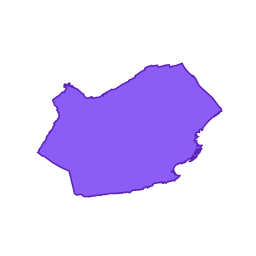 outline of Isabela, Isabela, Philippines, rotated 62°
{"feature_id": "2640588B52568839586340", "entity_name": "Isabela", "entity_type": "district", "adm_level": 2, "iso_a3": "PHL", "parent_name": "Philippines", "parent_adm1": "Isabela", "projection": "equal_earth", "projection_center": [122.367, 16.99], "detail": "fine", "context": "isolated", "style": "filled", "palette": "violet", "viewbox_px": 256, "rotation_deg": 62, "n_neighbors": 0, "source": "geoboundaries", "source_scale": "gbopen_adm2", "svg_char_len": 5791}
<svg xmlns="http://www.w3.org/2000/svg" viewBox="0 0 256 256"><g transform="rotate(62 128 128)"><path d="M162.5,205.3L163.1,204.2L163.5,204.1L163.9,202.1L164.8,200.3L166.2,200.1L166.6,199.5L168.1,198.8L169.8,195.4L170.3,194.9L171.5,190.8L172.3,189.7L172.4,188.2L172.8,187.6L173.2,185.9L174.0,185.0L174.3,183.8L174.8,183.3L174.7,182.4L174.9,181.6L175.5,180.0L176.2,179.1L177.2,175.2L178.0,173.5L178.1,172.9L179.0,171.9L179.6,170.0L180.4,169.3L180.5,168.3L180.9,168.0L180.9,167.2L181.3,166.3L181.7,166.2L181.6,165.2L182.6,164.4L182.7,164.2L182.4,164.0L182.7,163.7L182.6,162.6L183.4,161.5L183.9,160.0L184.0,158.8L184.7,158.2L184.8,157.6L185.8,157.2L185.6,156.7L185.8,156.4L185.5,155.3L185.7,154.7L185.1,154.0L185.3,152.6L185.5,151.9L186.0,151.7L186.3,151.1L186.5,149.7L187.4,148.7L187.2,148.0L188.6,145.6L188.5,144.6L189.1,143.5L188.4,142.0L188.4,141.0L188.8,140.6L188.6,140.3L188.7,139.4L189.2,138.0L190.0,137.3L190.1,134.6L190.5,133.9L190.1,132.8L189.6,132.8L189.3,132.2L189.2,131.5L189.4,129.8L190.0,129.1L190.2,127.7L191.0,125.3L191.4,125.3L191.4,124.0L191.8,123.5L191.8,123.2L192.6,122.9L193.0,123.5L193.3,123.3L193.4,121.9L193.0,121.1L194.4,120.5L194.5,119.5L194.0,118.0L194.6,117.3L194.5,116.9L195.2,115.0L195.1,113.6L195.6,113.0L195.5,112.4L196.1,111.4L196.4,111.4L195.7,110.5L195.5,109.6L195.7,109.2L195.3,109.2L195.2,108.9L195.5,107.9L195.4,107.1L194.9,105.3L194.3,104.5L194.0,105.0L193.9,105.9L192.8,106.5L191.6,107.7L191.3,108.4L190.7,108.5L190.1,108.0L189.7,108.5L188.8,108.7L188.4,108.8L188.5,108.4L187.3,108.7L187.0,109.4L187.2,110.7L186.7,109.4L187.3,108.1L187.0,108.2L186.6,107.9L187.0,108.1L187.1,107.9L189.0,108.1L189.5,107.8L189.9,108.0L190.0,107.5L188.6,108.0L186.0,107.4L184.8,106.4L183.8,104.7L183.0,102.3L183.3,101.7L183.1,101.2L183.3,100.7L183.1,99.9L183.5,99.6L183.5,98.4L183.9,98.2L184.1,97.0L184.4,97.3L184.9,96.9L184.3,94.2L184.8,93.8L185.1,94.1L185.3,93.6L184.7,92.6L184.3,92.7L184.0,92.4L184.2,91.3L184.1,90.8L184.4,90.1L184.0,89.3L184.0,88.1L184.4,87.4L184.3,87.1L184.7,87.1L184.2,86.8L184.3,86.5L184.1,85.7L184.3,85.0L183.9,84.3L183.7,84.6L183.2,84.2L183.6,84.2L183.5,83.7L183.8,83.4L184.5,83.6L184.5,82.7L185.1,83.2L185.2,83.9L185.0,84.6L186.2,87.9L186.4,89.4L186.5,89.3L186.7,88.9L186.8,85.9L186.3,84.4L186.4,83.4L186.2,81.8L185.7,81.3L185.7,81.0L184.3,79.9L184.3,79.3L183.0,75.7L181.6,74.2L181.1,74.1L181.1,75.9L182.1,77.6L182.2,79.7L183.2,80.7L182.9,81.0L182.2,81.0L181.7,82.0L181.9,81.3L181.7,81.1L181.7,80.7L181.4,80.4L181.1,80.6L180.7,80.2L180.9,79.8L181.3,79.9L181.5,79.5L181.3,79.2L181.6,78.6L180.6,79.1L180.0,78.3L179.2,78.1L179.1,77.4L178.8,77.2L178.8,76.9L179.3,76.7L179.3,77.0L179.7,77.1L179.8,76.8L180.0,77.3L180.4,77.4L181.2,76.9L179.9,74.2L179.4,73.6L179.4,73.2L179.0,73.0L178.8,72.4L177.5,72.2L177.1,72.5L176.9,73.5L177.0,74.1L176.7,74.6L176.5,74.4L176.6,75.2L176.3,75.0L176.1,75.2L175.3,74.2L175.1,74.1L174.8,74.5L173.1,73.9L172.6,74.3L171.9,75.4L171.2,75.1L171.2,74.2L170.9,74.7L170.3,74.7L169.9,75.3L168.9,74.2L169.4,73.0L168.8,72.6L169.0,71.8L168.7,70.7L168.6,71.0L167.9,70.7L167.6,71.2L167.1,70.9L166.5,72.2L165.5,71.7L165.3,71.3L165.4,70.7L164.8,71.0L164.5,70.7L164.2,69.2L164.5,68.9L164.6,67.8L165.3,67.0L164.8,66.6L164.5,67.0L164.4,66.5L164.4,67.0L164.0,66.9L163.2,65.3L163.2,64.5L164.2,63.7L164.6,63.9L164.7,63.3L164.3,62.6L163.6,62.5L162.7,61.3L160.9,57.0L159.6,53.2L158.3,48.6L158.1,47.0L158.6,46.6L158.5,45.9L158.2,45.6L157.7,45.6L157.7,44.7L158.0,44.4L157.5,44.3L157.3,43.8L157.4,43.5L157.8,43.1L158.0,42.5L158.0,42.1L157.5,41.9L157.4,41.5L157.7,40.6L157.3,40.4L157.4,40.1L157.3,39.9L156.9,40.2L156.9,39.5L156.6,39.1L156.8,38.8L156.6,38.6L156.8,38.2L157.0,37.6L156.4,37.7L156.0,36.9L153.5,36.8L152.5,37.5L151.5,37.7L141.6,39.1L124.4,45.2L119.2,45.3L115.9,45.1L112.3,46.0L112.5,46.9L111.2,47.0L108.5,48.3L102.7,49.6L98.9,50.0L96.3,49.8L95.7,54.6L95.2,57.0L94.1,60.3L94.2,62.3L91.6,61.9L90.1,65.6L88.8,72.2L86.3,72.7L85.0,76.8L83.9,77.8L83.3,80.9L82.9,84.2L83.7,85.6L84.6,85.8L84.3,88.5L84.9,93.5L85.2,94.2L85.0,96.2L85.8,97.7L86.6,97.9L86.6,102.9L86.3,103.4L86.3,104.2L86.7,104.5L86.6,105.2L87.1,105.6L87.2,106.3L86.9,107.8L87.1,109.8L86.9,113.2L87.3,115.2L87.2,117.0L87.6,120.0L87.2,123.3L86.1,124.4L86.3,124.8L86.5,131.3L87.6,130.9L87.7,131.1L86.8,132.2L86.5,133.4L86.5,133.7L86.7,133.4L86.8,133.8L87.3,134.2L87.2,134.2L87.2,140.1L86.7,140.4L86.6,141.2L86.0,141.7L85.9,142.9L84.9,145.6L84.2,145.0L83.7,145.0L83.0,147.2L83.0,149.0L81.8,150.9L79.6,151.6L77.0,151.4L76.3,152.0L74.6,152.9L73.1,153.1L71.7,154.1L70.2,154.2L68.2,156.1L67.4,156.1L66.4,157.4L64.8,157.1L64.8,157.6L65.5,158.3L65.2,158.6L63.7,158.5L63.2,158.9L63.4,160.1L63.2,160.6L62.8,160.8L62.7,159.4L61.7,158.6L61.0,158.6L60.7,159.2L60.7,159.9L61.5,160.3L61.8,161.6L61.7,161.8L60.2,162.3L59.6,163.4L59.7,163.8L60.0,164.0L60.8,163.6L61.1,163.7L61.1,164.9L61.5,165.2L62.1,164.9L62.4,163.8L62.7,163.4L63.3,164.0L64.1,163.9L64.6,164.2L65.7,166.6L66.7,168.0L65.5,168.8L66.8,173.0L67.6,179.9L67.5,180.6L68.0,181.1L68.6,181.5L71.6,181.6L73.1,182.2L75.5,181.2L77.4,180.9L77.6,181.5L78.5,181.8L78.9,181.7L79.1,182.5L79.6,182.1L80.3,181.9L81.7,182.6L81.9,182.5L81.8,182.3L82.0,181.8L83.3,182.5L85.6,183.1L87.0,185.4L86.9,185.8L87.3,185.9L88.3,187.7L88.0,187.8L88.0,188.4L88.9,191.2L90.6,191.2L90.8,191.4L90.8,192.1L93.3,195.3L93.6,195.3L94.7,199.3L95.0,199.0L95.6,199.3L97.4,203.9L98.1,204.1L98.2,204.5L100.2,206.5L101.1,208.8L101.0,209.1L103.9,213.5L104.9,215.8L105.5,216.7L105.9,217.3L106.1,217.2L106.6,217.8L107.0,218.0L107.2,219.2L112.6,216.8L113.0,215.9L113.5,215.4L123.4,210.6L132.1,205.1L138.3,200.2L160.7,205.9L162.5,205.3ZM178.1,70.8L177.8,71.0L177.6,71.9L178.2,71.6L178.3,71.0L178.1,70.8ZM180.9,72.7L180.5,72.9L180.7,73.7L181.2,73.4L180.9,72.7ZM189.4,138.3L189.5,138.6L189.9,138.6L189.7,138.4L189.4,138.3Z" fill="#8b5cf6" stroke="#5b21b6" stroke-width="1.5"/></g></svg>